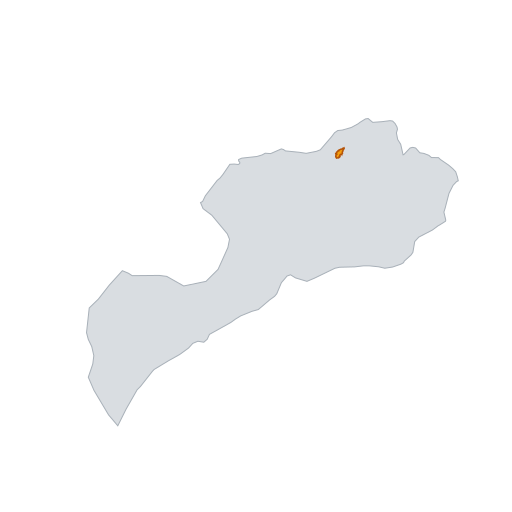 Zeltiņu pag., Aluksne, Latvia shown in context, rotated 325°
{"feature_id": "27541924B11156685334807", "entity_name": "Zeltiņu pag.", "entity_type": "district", "adm_level": 2, "iso_a3": "LVA", "parent_name": "Latvia", "parent_adm1": "Aluksne", "projection": "robinson", "projection_center": [26.759, 57.345], "detail": "fine", "context": "in_parent", "style": "filled", "palette": "amber", "viewbox_px": 512, "rotation_deg": 325, "n_neighbors": 0, "source": "geoboundaries", "source_scale": "gbopen_adm2", "svg_char_len": 3652}
<svg xmlns="http://www.w3.org/2000/svg" viewBox="0 0 512 512"><g transform="rotate(325 256 256)"><path d="M373.0,346.1L370.0,345.8L361.6,343.4L354.5,339.9L350.3,335.2L343.0,328.9L338.2,325.6L330.6,321.5L318.1,313.2L313.6,311.3L291.2,307.7L283.2,306.0L275.8,296.6L273.5,291.2L269.9,290.2L265.9,291.3L261.5,292.4L251.4,298.8L248.1,299.7L241.8,299.8L227.2,301.2L220.7,298.9L209.2,296.3L202.9,295.9L197.4,296.0L172.9,293.5L168.3,296.2L163.8,296.7L159.5,292.5L154.1,291.3L148.0,292.7L137.0,292.9L124.1,291.6L107.5,290.5L105.1,291.0L86.5,296.6L81.9,297.4L61.6,307.0L45.4,315.8L44.1,301.6L46.2,273.2L49.1,259.1L60.3,250.9L66.0,244.6L69.5,236.0L70.8,228.1L73.2,221.6L89.6,202.9L102.1,200.9L119.1,195.7L138.1,191.4L141.6,196.9L143.3,201.1L165.6,216.4L171.2,221.5L179.6,239.1L200.5,248.1L217.2,245.2L224.5,240.9L237.9,232.9L243.9,227.1L245.2,221.4L243.2,197.3L239.8,186.9L241.2,180.4L243.5,180.7L249.1,177.6L267.6,171.8L271.3,171.5L275.5,170.3L287.2,165.9L290.9,168.2L294.0,170.9L295.7,170.9L296.5,169.9L296.3,168.2L297.1,167.0L300.5,167.7L313.8,175.0L319.0,176.7L322.5,177.1L326.7,180.5L338.2,182.8L339.6,184.6L340.4,186.8L351.1,196.0L356.0,200.7L365.5,204.9L369.6,205.9L386.4,201.6L391.0,200.1L394.9,200.1L398.8,202.3L407.8,205.4L415.9,206.3L417.4,206.1L424.3,206.5L426.7,207.7L428.3,213.5L436.2,218.2L443.4,222.0L445.3,223.8L445.9,227.2L445.5,231.2L444.6,233.3L441.6,235.7L438.9,241.8L438.6,247.5L434.5,257.5L435.4,257.7L444.2,255.9L446.7,256.9L448.7,259.1L449.4,265.4L452.3,268.2L455.3,272.6L456.2,276.0L461.9,280.1L462.4,282.7L465.9,292.0L467.3,297.4L467.9,301.5L466.3,306.8L464.8,310.4L463.0,310.1L458.0,311.1L450.0,315.4L438.1,325.5L435.1,327.8L432.0,335.5L431.2,336.2L424.3,335.9L422.4,335.7L415.4,335.9L400.2,333.9L394.3,335.2L386.6,343.0L383.6,344.1L374.6,345.2L373.0,346.1Z" fill="#d9dde1" stroke="#a8b0b8" stroke-width="1"/><path d="M384.5,222.0L384.6,221.9L384.9,221.8L385.0,221.8L385.2,221.7L385.4,221.5L385.5,221.5L385.6,221.4L385.8,221.4L385.9,221.1L386.0,220.8L386.0,220.7L386.3,220.5L386.4,220.4L386.5,220.3L386.5,220.2L386.8,220.1L387.0,220.1L387.3,219.9L387.3,219.7L387.5,219.6L387.7,219.4L387.8,219.4L388.0,219.3L388.1,219.2L388.5,219.1L389.0,218.8L389.1,218.7L389.3,218.7L389.5,218.7L389.8,218.6L389.9,218.4L390.0,218.2L390.1,217.9L389.9,217.9L389.6,217.8L389.4,217.8L389.3,217.7L389.2,217.7L388.9,217.6L388.6,217.5L388.4,217.6L388.1,217.7L387.8,217.6L387.7,217.6L387.4,217.5L387.2,217.5L387.1,217.4L386.9,217.3L386.8,217.2L386.5,217.1L386.4,217.2L386.2,217.1L385.5,217.0L385.2,216.9L384.9,216.8L384.5,216.8L384.4,217.0L384.2,216.9L383.8,216.8L383.7,216.9L383.7,217.2L383.4,217.1L383.2,217.1L382.9,217.0L382.6,217.1L382.3,217.2L382.0,217.2L381.9,217.2L381.9,217.3L381.7,217.3L381.4,217.5L381.2,217.6L380.9,217.8L380.7,217.9L380.5,218.0L380.5,217.9L380.1,217.7L380.0,217.9L380.1,218.0L380.2,218.3L380.0,218.5L380.3,218.6L380.2,218.6L380.3,218.6L380.4,218.8L380.4,218.7L380.5,218.7L380.5,218.8L380.6,219.0L380.3,219.1L380.2,219.0L379.8,218.9L379.7,218.9L379.6,219.0L379.4,219.2L379.2,219.3L378.8,219.8L378.5,220.1L378.4,220.2L378.4,220.3L378.3,220.5L378.2,220.6L378.2,220.8L378.4,220.8L378.3,221.0L378.2,221.3L378.2,221.5L378.1,221.9L378.1,222.0L379.0,222.3L379.2,222.5L379.3,222.6L379.5,222.7L379.6,222.8L379.8,222.8L380.0,222.8L380.1,223.0L380.3,223.0L380.3,222.9L380.5,222.9L380.8,222.9L381.0,222.9L381.0,222.7L381.2,222.8L381.4,222.7L381.5,222.7L381.6,222.8L381.8,222.7L382.0,222.5L382.1,222.4L382.3,222.3L382.4,222.0L382.1,221.8L382.2,221.7L382.4,221.5L382.7,221.4L383.1,221.3L383.3,221.3L383.6,221.3L384.0,221.4L384.1,221.5L384.3,221.7L384.4,221.8L384.5,221.8L384.5,222.0Z" fill="#f59e0b" stroke="#b45309" stroke-width="1.5"/></g></svg>